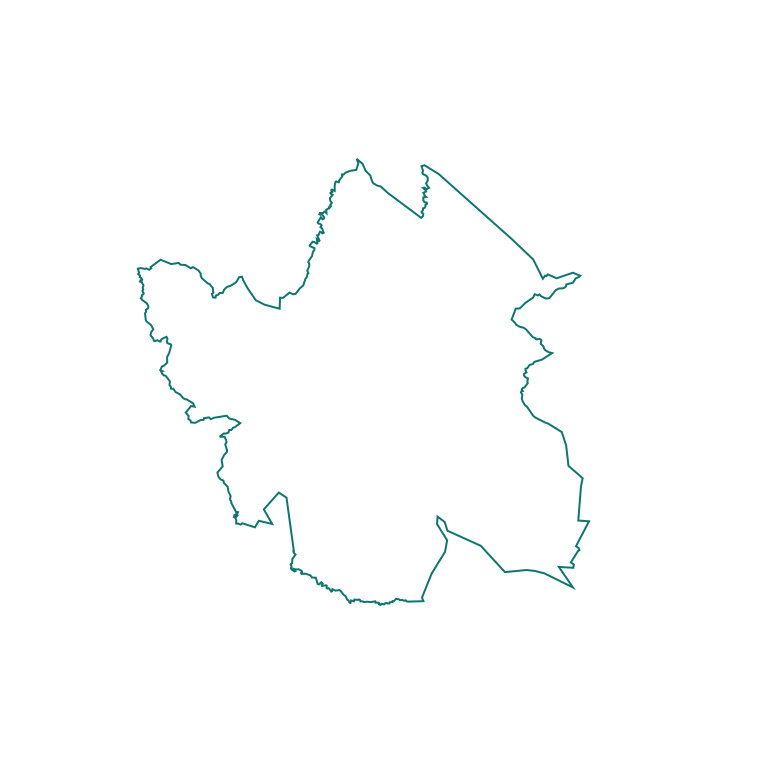 Leonardo Bravo, Guerrero, Mexico (Equal Earth projection), rotated 303°
{"feature_id": "50627088B42339229292955", "entity_name": "Leonardo Bravo", "entity_type": "district", "adm_level": 2, "iso_a3": "MEX", "parent_name": "Mexico", "parent_adm1": "Guerrero", "projection": "equal_earth", "projection_center": [-99.796, 17.634], "detail": "fine", "context": "isolated", "style": "outline", "palette": "teal", "viewbox_px": 768, "rotation_deg": 303, "n_neighbors": 0, "source": "geoboundaries", "source_scale": "gbopen_adm2", "svg_char_len": 6166}
<svg xmlns="http://www.w3.org/2000/svg" viewBox="0 0 768 768"><g transform="rotate(303 384 384)"><path d="M569.7,441.4L575.1,412.6L589.9,315.5L589.5,298.8L587.1,296.8L584.1,300.6L582.1,301.1L581.3,302.5L581.7,306.1L581.0,308.1L578.9,309.7L575.3,310.0L573.9,312.1L573.1,314.9L570.6,313.6L570.8,311.1L569.8,310.0L569.2,313.2L568.4,314.5L565.8,312.9L564.8,314.9L564.1,315.2L563.8,317.5L561.9,315.4L559.3,317.0L558.6,319.3L559.4,321.0L558.7,321.9L556.6,321.2L555.5,322.1L553.9,322.1L552.5,321.0L551.1,322.1L548.8,321.7L548.2,322.6L548.3,323.9L547.4,324.7L545.9,325.2L543.6,324.6L546.3,283.2L547.9,273.6L546.6,269.8L546.6,265.6L547.3,264.0L551.4,258.9L552.9,252.2L556.9,246.3L558.0,238.4L555.1,242.3L548.4,244.1L544.7,239.9L540.3,236.6L537.5,236.0L536.8,234.6L535.4,235.9L530.1,235.5L528.6,236.2L527.8,233.6L527.0,233.3L523.8,234.4L519.1,237.5L518.7,234.5L517.7,234.3L516.9,236.0L515.1,235.0L514.7,235.5L514.7,237.9L510.4,237.4L508.5,239.1L507.6,241.6L504.6,241.4L504.3,242.6L503.3,242.6L502.3,241.5L501.5,242.4L498.8,240.6L496.0,242.7L496.4,241.0L496.1,240.1L494.2,239.7L492.5,237.1L491.2,237.3L491.3,238.4L492.6,239.5L491.1,243.0L489.9,243.5L488.7,242.8L489.5,240.2L483.3,240.4L482.8,241.6L483.5,243.0L483.1,245.2L480.8,245.4L480.8,247.3L478.0,251.1L476.7,250.2L477.2,248.1L476.8,247.3L473.4,248.0L472.3,246.9L469.2,251.8L468.4,251.7L468.9,248.8L465.6,251.6L465.0,251.0L465.2,248.4L464.5,246.7L459.8,246.1L459.3,246.9L460.1,251.7L458.1,252.7L456.1,252.4L452.2,253.9L445.8,253.8L444.9,254.2L444.3,255.7L441.9,257.2L437.1,258.0L435.8,260.2L434.6,259.9L431.1,261.1L429.6,260.8L422.7,262.6L418.2,261.3L411.4,260.8L409.7,258.9L409.2,255.0L401.2,252.4L399.8,249.8L390.3,255.5L385.5,240.7L384.4,231.0L390.0,217.5L394.4,209.3L396.6,206.5L394.6,204.3L388.7,204.6L382.9,201.9L379.8,199.4L376.1,198.6L372.5,199.1L370.9,196.6L368.1,196.1L366.6,194.8L364.7,195.7L363.5,193.5L365.9,190.5L367.5,191.2L371.5,187.9L372.0,185.2L372.8,183.9L372.4,181.5L373.5,173.5L375.2,171.1L376.8,170.1L378.2,166.5L378.1,160.7L377.8,159.9L375.9,159.1L375.6,152.5L373.2,148.4L373.7,145.9L368.7,140.2L366.5,128.9L354.9,124.6L354.2,125.8L352.0,125.0L351.5,121.8L350.3,120.8L348.7,116.8L346.4,114.8L345.8,115.0L346.3,115.0L344.0,118.0L342.4,117.9L342.1,120.4L340.6,121.0L340.7,122.7L339.7,124.4L339.0,124.4L338.5,123.3L337.0,123.5L337.5,125.3L335.7,128.6L333.4,129.1L332.2,130.6L330.6,130.7L328.9,133.3L326.5,132.6L326.1,133.3L323.4,133.4L323.3,134.7L322.8,135.2L322.5,141.1L321.0,143.9L319.2,144.9L316.4,143.9L314.8,145.2L313.1,145.1L308.2,149.1L307.1,150.8L306.6,156.4L304.3,160.7L300.6,160.5L298.1,161.4L297.5,162.2L296.6,165.3L295.0,167.6L295.1,168.5L297.3,170.0L297.4,172.8L297.9,173.5L299.4,173.0L301.1,173.3L305.1,175.9L304.0,177.8L301.6,178.6L300.3,180.0L301.1,183.6L300.7,184.5L292.8,187.0L288.5,187.4L283.8,190.6L279.1,189.3L277.7,188.2L273.8,188.8L274.1,191.0L273.2,190.2L271.7,192.6L271.3,194.5L272.0,196.3L269.6,203.0L266.3,204.7L265.7,206.6L264.1,208.0L265.3,209.9L263.7,213.6L264.2,218.4L262.8,223.3L262.9,225.6L263.6,226.8L263.8,234.3L261.8,237.5L260.5,234.2L252.1,233.3L250.7,237.6L248.2,238.9L248.0,241.5L246.7,243.2L248.6,246.8L253.9,249.9L255.7,252.2L257.3,251.7L260.6,255.3L260.2,257.8L263.3,260.0L271.7,269.4L270.8,273.0L272.8,278.5L272.9,284.7L266.4,282.3L265.0,281.2L262.3,281.0L261.3,279.3L258.5,280.0L256.1,278.1L255.1,276.5L251.1,275.1L250.7,275.4L250.9,276.0L252.9,279.0L251.1,281.9L249.4,283.7L246.9,283.7L243.0,288.4L241.5,289.2L237.3,288.6L231.8,289.2L227.0,293.6L219.1,292.5L216.6,294.9L215.5,296.9L215.0,299.2L215.5,302.0L213.8,303.6L212.7,308.8L209.2,312.0L206.5,316.4L204.0,317.3L202.9,318.3L202.6,319.6L201.0,320.8L196.2,329.5L197.0,331.4L196.2,331.5L195.4,330.4L194.5,331.6L192.7,330.0L191.0,330.5L193.1,332.6L190.6,332.2L189.4,334.2L186.4,336.1L187.6,338.0L188.0,340.3L190.0,341.0L193.5,353.8L201.1,353.5L205.7,366.5L213.4,351.5L235.6,354.9L235.6,364.1L194.9,399.3L194.7,398.9L193.3,400.1L192.8,402.7L187.4,402.4L183.7,404.6L181.9,404.0L180.7,405.8L178.7,406.3L178.1,407.7L178.2,411.3L178.8,411.6L179.8,409.2L180.5,411.2L182.1,413.3L182.5,416.6L181.8,417.7L180.4,417.2L179.8,418.3L182.3,421.7L183.4,426.5L182.5,429.0L184.4,432.4L180.2,437.2L180.5,438.6L183.6,439.4L183.2,441.3L181.5,441.2L180.9,442.0L183.6,445.0L183.7,445.8L181.7,446.9L181.5,447.8L182.6,448.8L182.5,449.7L181.2,452.8L182.0,453.3L183.8,452.5L184.3,455.9L186.9,458.8L186.6,461.3L185.4,464.2L185.1,467.5L183.2,470.4L182.9,472.6L181.9,473.9L182.1,475.1L184.6,474.3L185.4,477.2L187.1,476.6L188.8,479.9L189.6,480.2L189.8,481.5L188.9,482.7L190.0,484.3L190.2,486.0L192.4,488.7L193.7,491.4L197.0,495.1L196.0,496.0L197.7,498.8L197.4,499.6L196.5,499.9L196.7,501.3L198.5,502.0L199.4,504.3L200.8,504.4L201.8,505.4L202.0,506.9L202.9,508.1L204.0,507.7L205.8,509.8L206.6,509.5L206.9,510.5L210.3,511.1L211.5,513.7L211.5,515.2L212.9,517.0L213.1,518.8L214.4,520.0L214.0,520.8L214.4,522.4L223.3,535.3L225.5,532.2L250.9,527.2L276.4,526.6L287.3,522.1L295.4,504.8L302.0,501.1L301.3,510.1L295.5,517.1L301.0,553.4L292.1,587.9L305.6,604.8L309.4,612.4L312.5,621.4L316.3,653.2L325.8,630.3L333.0,642.9L336.0,641.5L336.1,637.9L349.3,637.7L351.1,638.4L352.4,636.8L352.5,633.4L380.5,630.7L375.3,621.3L405.4,605.0L413.2,601.9L415.8,583.3L431.6,570.3L440.5,559.3L440.2,543.3L439.4,539.9L438.3,529.2L438.6,526.5L442.9,516.1L442.9,514.1L445.0,509.7L446.7,507.6L450.4,505.8L451.5,503.5L452.6,503.2L453.6,504.2L454.4,502.5L456.4,502.6L457.5,503.7L463.0,504.1L464.3,502.8L467.1,501.7L466.7,499.0L467.2,497.0L468.7,496.0L471.4,497.2L472.8,494.9L473.8,494.3L475.2,495.6L479.2,495.7L482.0,498.0L484.4,498.0L490.5,503.2L501.5,508.2L500.3,504.5L500.3,500.4L501.0,498.7L502.4,497.2L503.1,493.5L506.4,492.2L506.7,491.5L506.4,489.6L504.6,487.8L504.3,486.5L504.9,486.0L504.3,483.4L507.2,473.2L507.2,470.1L505.9,466.8L505.7,462.6L506.7,460.4L507.6,455.9L518.9,453.5L521.4,456.7L529.4,458.5L537.7,462.0L541.4,461.5L542.1,464.9L543.7,465.4L543.2,468.2L543.7,472.5L544.6,474.4L546.2,475.9L556.4,477.0L559.2,478.5L561.5,481.7L562.9,482.8L565.1,483.5L566.8,482.7L571.9,487.3L577.1,487.3L580.3,489.4L581.7,489.6L580.2,481.8L566.7,471.2L565.2,461.8L562.9,461.4L562.6,460.1L558.8,459.9L569.7,441.4Z" fill="none" stroke="#0f766e" stroke-width="2"/></g></svg>